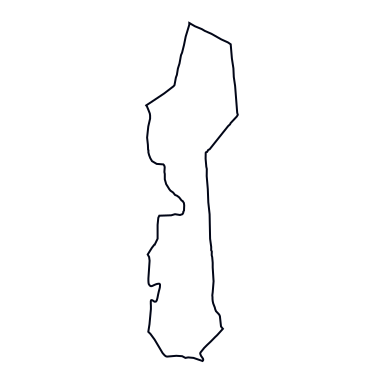 outline of San Carlos Sija, Totonicapán, Guatemala
{"feature_id": "79465075B11845713959586", "entity_name": "San Carlos Sija", "entity_type": "district", "adm_level": 2, "iso_a3": "GTM", "parent_name": "Guatemala", "parent_adm1": "Totonicapán", "projection": "equal_earth", "projection_center": [-91.578, 15.079], "detail": "fine", "context": "isolated", "style": "outline", "palette": "ink", "viewbox_px": 384, "rotation_deg": 0, "n_neighbors": 0, "source": "geoboundaries", "source_scale": "gbopen_adm2", "svg_char_len": 2491}
<svg xmlns="http://www.w3.org/2000/svg" viewBox="0 0 384 384"><path d="M170.5,190.7L173.1,192.5L175.0,194.9L177.1,195.8L179.2,197.4L181.6,200.5L182.7,201.1L183.9,203.0L184.2,205.4L184.0,210.5L183.3,211.8L183.3,212.7L182.4,214.2L180.0,215.0L175.0,214.2L171.2,215.3L159.3,215.7L158.3,217.8L157.6,224.9L157.6,238.7L154.7,244.7L154.3,244.7L151.9,247.8L147.7,254.5L149.1,257.0L149.6,260.7L148.4,278.5L148.4,280.8L148.5,282.5L148.6,283.3L148.8,284.1L149.2,284.7L149.7,285.4L150.4,286.0L151.1,286.2L151.9,286.0L152.4,285.9L153.6,285.3L155.4,284.5L156.8,284.0L157.9,283.8L158.9,283.7L159.5,283.8L160.0,284.6L160.0,285.5L159.9,287.0L159.8,287.7L159.5,288.9L158.8,291.5L158.0,295.1L157.6,297.2L157.3,298.6L157.0,299.5L156.7,300.5L156.2,301.2L155.8,301.6L154.7,301.7L154.0,301.4L153.3,300.9L152.6,300.4L151.8,300.1L151.3,300.1L150.9,300.8L150.8,301.4L150.8,302.4L150.8,303.8L150.9,305.7L150.9,309.1L149.5,324.2L148.3,331.8L150.5,334.0L154.6,339.6L157.7,344.8L161.2,350.7L161.9,351.9L162.7,353.2L164.5,355.2L165.7,356.2L167.0,356.6L176.3,355.8L182.2,356.2L185.4,357.9L188.2,357.4L193.5,357.9L202.5,361.0L203.1,360.3L203.2,359.5L203.0,358.7L202.2,357.5L201.0,355.8L200.6,354.8L200.3,354.0L200.2,353.3L200.4,352.7L200.8,352.1L201.4,351.4L204.2,347.9L207.1,345.0L211.0,341.3L215.2,337.0L216.5,335.8L217.4,334.9L222.9,328.8L221.7,327.4L221.0,326.4L219.9,316.2L219.2,314.6L216.0,311.2L215.2,309.2L214.8,307.5L214.2,306.0L213.5,304.2L213.2,303.4L212.7,301.1L212.5,299.0L212.5,297.5L212.4,296.2L212.3,295.3L212.7,292.3L213.6,281.0L213.5,280.3L212.7,267.4L212.7,262.7L212.2,257.1L211.7,255.1L211.8,251.4L211.2,250.3L211.2,246.9L210.1,238.8L209.6,214.3L208.3,202.3L207.8,189.1L206.7,176.1L206.8,169.0L206.3,166.7L205.6,158.7L205.7,152.8L206.2,152.1L207.1,151.9L208.2,150.0L209.7,149.2L216.3,140.9L228.2,126.0L230.0,124.4L230.7,123.0L236.8,116.5L237.8,114.8L237.2,112.8L235.1,85.9L233.8,77.0L233.4,68.3L231.9,58.5L230.7,44.3L227.9,42.4L221.3,39.4L211.6,33.9L204.8,30.9L201.8,29.1L195.0,26.3L189.3,23.0L189.3,24.7L185.7,36.6L184.0,45.0L182.1,52.6L181.0,55.2L179.5,63.5L177.9,68.6L176.9,74.8L175.9,77.5L174.5,85.1L173.6,86.2L164.1,93.5L146.2,105.4L147.0,106.5L148.6,110.4L149.8,113.5L150.1,115.5L150.1,118.6L148.3,126.4L147.1,137.6L147.9,144.9L148.1,149.8L148.4,150.2L148.4,152.4L149.1,155.1L150.3,158.2L152.0,161.1L156.7,163.9L163.3,164.4L163.7,164.8L164.3,165.7L164.7,167.1L164.4,172.0L164.8,174.0L164.8,179.3L166.2,184.2L167.9,186.9L169.3,189.2L170.5,190.7Z" fill="none" stroke="#020617" stroke-width="2"/></svg>